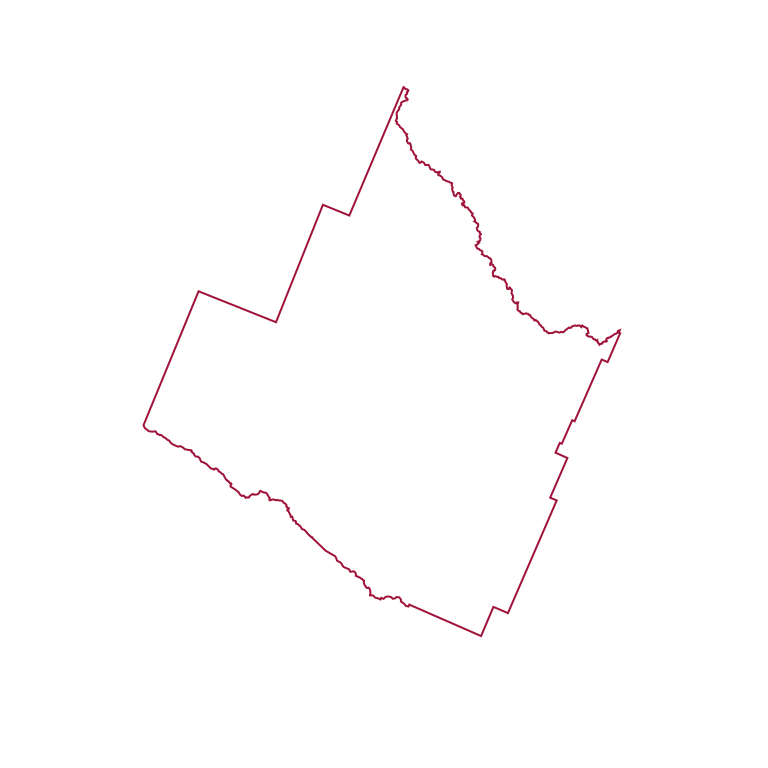 Las Flores, Buenos Aires, Argentina (orthographic projection), rotated 69°
{"feature_id": "61730980B33948495129875", "entity_name": "Las Flores", "entity_type": "district", "adm_level": 2, "iso_a3": "ARG", "parent_name": "Argentina", "parent_adm1": "Buenos Aires", "projection": "orthographic", "projection_center": [-59.196, -36.018], "detail": "fine", "context": "isolated", "style": "outline", "palette": "rose", "viewbox_px": 768, "rotation_deg": 69, "n_neighbors": 0, "source": "geoboundaries", "source_scale": "gbopen_adm2", "svg_char_len": 6153}
<svg xmlns="http://www.w3.org/2000/svg" viewBox="0 0 768 768"><g transform="rotate(69 384 384)"><path d="M113.9,259.4L214.3,356.0L194.8,376.8L287.6,462.7L231.0,523.9L336.3,623.3L339.3,623.1L343.8,620.5L345.1,618.1L345.9,616.0L346.1,614.7L346.6,614.1L349.4,613.7L350.0,612.6L351.1,612.1L351.8,610.3L355.2,608.4L355.7,607.6L358.4,606.3L359.6,605.0L362.3,604.2L364.4,603.1L368.4,599.1L368.9,598.1L368.7,597.2L369.9,595.5L371.4,594.3L373.4,593.5L376.2,589.0L376.8,587.6L377.8,587.5L378.3,588.0L381.3,586.3L382.3,586.6L384.0,585.9L384.5,585.4L385.0,583.9L386.8,582.8L391.0,582.5L392.9,580.2L395.3,578.3L401.1,575.7L401.9,574.2L403.0,573.3L403.1,573.0L402.5,572.4L402.4,571.7L402.9,570.8L404.8,569.6L406.3,569.7L406.9,568.9L409.8,567.4L410.7,566.5L416.7,565.7L417.4,565.0L418.5,564.9L419.1,564.0L421.4,563.4L421.9,562.4L422.3,562.3L422.8,562.3L424.0,563.9L424.9,563.9L428.9,560.9L433.2,558.4L435.5,558.1L437.5,556.9L438.1,554.8L440.7,553.9L440.5,552.9L441.2,552.0L441.2,551.2L441.5,550.8L440.5,549.6L439.7,546.5L439.8,545.6L440.7,545.1L441.6,542.1L441.6,541.2L441.1,539.9L439.5,538.1L439.5,537.6L441.4,536.2L441.7,535.5L442.5,534.8L442.9,533.5L444.1,532.7L448.8,531.9L449.2,531.5L449.9,531.7L450.8,532.5L451.5,532.5L451.9,531.1L451.8,529.7L452.2,528.4L453.7,526.8L454.1,524.8L454.7,524.4L456.6,520.8L458.7,520.4L459.8,519.4L461.8,518.4L463.2,519.1L464.1,518.5L464.9,518.7L465.9,517.3L466.9,518.3L467.0,519.4L467.4,519.6L468.5,518.8L469.3,518.7L473.5,518.3L474.6,518.7L475.0,517.2L478.9,517.7L480.2,515.7L481.0,515.6L482.8,516.1L484.0,514.7L486.9,513.1L490.2,512.5L491.1,511.1L492.5,510.2L497.4,508.5L500.0,507.1L500.7,507.0L501.5,505.8L502.4,505.9L518.8,498.2L527.3,491.3L529.4,491.0L531.8,491.2L532.5,490.9L534.9,488.7L536.8,487.9L537.8,488.0L540.3,487.3L544.4,483.1L545.1,482.8L546.2,483.0L547.2,482.7L547.8,480.8L547.7,480.1L548.6,478.8L550.9,478.2L553.0,479.1L554.2,477.6L555.1,477.3L555.7,476.1L557.7,474.9L558.1,474.3L559.5,473.9L560.3,473.1L561.5,473.8L564.7,474.2L566.0,473.7L567.5,473.6L568.4,472.9L568.6,471.3L569.9,470.8L572.3,471.0L575.3,471.9L576.0,472.9L576.3,472.9L577.6,469.9L580.3,468.8L582.3,466.0L583.9,464.5L582.7,463.3L584.4,461.4L583.4,459.0L583.5,457.5L584.1,455.7L585.4,453.8L587.6,452.8L588.1,450.5L587.5,449.3L587.4,448.5L588.6,446.3L590.7,445.5L592.1,445.5L593.1,446.2L596.4,443.9L598.9,443.2L600.5,440.9L599.0,439.5L654.1,383.7L631.3,361.7L642.3,350.4L554.6,264.5L549.7,269.6L518.8,239.3L509.6,248.5L502.0,241.0L503.5,239.4L485.3,221.3L487.1,219.4L439.2,172.0L443.7,167.4L421.2,145.3L420.0,146.5L418.3,144.7L418.3,146.6L419.8,147.5L420.2,149.5L420.1,151.3L421.1,154.3L420.9,154.9L421.4,155.4L421.2,157.2L421.5,158.0L421.1,158.3L421.1,158.8L421.5,160.1L422.4,160.5L422.9,161.2L423.8,160.6L423.9,160.8L424.0,161.6L423.4,162.6L423.3,164.3L423.5,164.9L424.4,165.6L424.1,166.4L424.4,166.9L424.0,168.1L424.5,168.7L422.7,169.3L421.8,169.1L420.9,169.8L419.4,169.1L419.5,170.0L419.1,170.7L417.8,171.2L417.5,172.0L417.1,172.4L414.8,172.9L413.8,174.0L413.3,175.7L411.1,177.4L410.0,177.1L409.7,174.8L404.9,174.2L404.5,174.9L403.0,175.8L402.4,176.7L400.4,178.0L400.4,178.5L401.5,179.4L399.9,180.1L398.9,181.5L398.9,183.1L397.8,184.7L397.6,187.9L398.3,188.9L398.5,189.9L397.6,191.1L398.4,194.1L399.8,197.7L399.6,199.1L398.7,200.0L398.9,201.3L398.7,202.2L396.5,204.9L396.8,208.8L395.8,210.9L395.8,212.0L394.8,212.4L394.2,213.2L393.7,213.2L392.4,213.9L391.8,215.1L388.6,215.2L387.4,216.1L385.3,216.7L384.1,217.6L382.5,217.6L380.3,218.3L379.5,219.3L378.6,219.4L378.5,220.9L376.8,221.0L375.4,222.2L373.1,223.0L372.2,222.8L371.2,224.1L370.3,224.2L368.9,226.3L368.6,229.5L367.0,230.0L366.3,231.0L364.7,231.1L363.6,232.4L362.4,232.8L360.7,231.8L357.4,230.9L357.0,230.2L355.9,229.5L355.4,230.8L355.8,232.1L354.4,233.3L351.2,234.0L350.6,233.7L349.8,232.6L347.9,232.0L345.0,232.5L343.4,231.4L341.9,230.9L340.7,231.6L339.1,231.9L338.8,232.3L340.0,233.4L339.7,234.4L339.1,234.9L335.6,234.2L334.9,233.5L331.8,234.1L330.2,233.9L329.2,234.4L329.3,235.7L327.1,237.1L326.5,238.5L324.9,238.8L324.6,239.9L323.2,241.3L323.3,242.4L323.1,242.9L322.0,243.5L320.8,242.8L318.9,242.5L318.3,241.5L317.7,241.6L317.3,241.1L317.6,240.0L317.4,239.4L316.2,238.8L315.1,238.7L313.4,239.7L312.2,239.4L311.2,239.9L310.8,240.7L311.1,242.0L310.7,242.2L309.5,241.6L308.8,239.9L306.1,239.4L304.5,240.0L304.1,240.7L301.7,241.9L300.6,244.3L298.8,245.1L298.0,246.1L297.4,245.5L295.3,244.6L293.1,246.6L291.9,247.0L290.9,248.4L288.8,248.7L287.2,248.7L287.2,246.9L286.0,244.5L284.9,245.5L284.4,242.8L282.5,241.7L281.4,242.2L280.7,242.0L279.9,241.6L279.0,239.9L278.5,239.8L277.5,240.6L276.3,240.1L275.0,241.3L273.4,241.8L271.7,241.5L270.6,239.7L268.6,238.8L267.7,239.0L267.1,239.9L265.3,240.5L264.6,241.3L264.3,240.5L262.7,240.1L260.8,240.3L258.1,241.5L256.7,240.1L255.0,241.2L254.2,241.1L251.1,242.4L249.7,242.4L249.2,242.8L248.1,245.0L245.8,245.1L245.3,246.7L243.4,246.5L243.4,246.0L243.9,245.3L243.3,244.6L243.3,243.9L242.9,243.8L242.2,243.7L240.5,244.4L239.2,244.3L238.7,245.5L238.2,245.8L237.6,245.4L236.3,245.9L235.9,245.1L235.5,244.8L234.2,244.7L233.2,245.5L232.6,245.3L232.1,246.4L233.4,248.7L234.4,249.5L234.3,250.0L233.1,251.0L232.1,251.1L229.7,250.3L229.3,250.8L226.2,250.6L225.3,249.5L222.6,249.6L221.1,248.5L220.3,249.0L219.8,250.0L218.4,250.9L217.5,252.3L214.1,255.5L211.8,255.6L209.6,256.9L208.6,258.3L207.9,258.4L207.2,257.9L206.2,255.9L205.8,255.8L205.5,258.5L204.5,260.0L204.1,260.3L202.2,260.5L201.3,261.5L200.6,263.1L200.0,263.6L195.8,263.7L195.2,264.3L194.4,267.0L191.8,267.4L189.7,269.2L190.5,270.9L190.3,271.6L187.7,272.1L185.2,273.4L184.5,273.4L182.6,272.3L182.2,272.8L180.7,273.4L176.5,273.8L174.7,274.9L172.8,273.8L168.8,273.3L168.4,273.5L168.4,274.7L168.0,275.2L165.3,275.6L164.0,274.8L163.5,273.9L159.9,274.0L159.1,272.9L157.9,274.0L155.3,274.9L153.1,275.0L150.0,276.9L148.0,277.1L145.3,278.8L143.9,277.9L142.8,278.6L142.2,278.5L140.7,276.6L135.5,275.1L134.9,274.5L132.8,271.2L131.4,270.9L129.4,267.9L127.5,267.1L127.1,265.3L127.1,261.7L127.5,260.7L126.9,259.9L125.9,260.0L124.8,260.9L123.9,261.1L121.9,260.3L121.3,258.3L119.5,257.9L119.4,256.7L118.5,256.0L117.3,256.7L116.2,258.3L114.5,258.9L113.9,259.4Z" fill="none" stroke="#9f1239" stroke-width="2"/></g></svg>